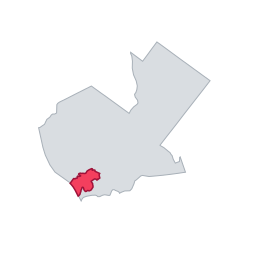 Santa Rosa highlighted on a map of Guatemala, rotated 36°
{"feature_id": "GTM-1957", "entity_name": "Santa Rosa", "entity_type": "Department", "adm_level": 1, "iso_a3": "GTM", "parent_name": "Guatemala", "parent_adm1": "", "projection": "natural_earth1", "projection_center": [-90.341, 14.154], "detail": "fine", "context": "in_parent", "style": "filled", "palette": "rose", "viewbox_px": 256, "rotation_deg": 36, "n_neighbors": 0, "source": "natural_earth", "source_scale": "10m", "svg_char_len": 3293}
<svg xmlns="http://www.w3.org/2000/svg" viewBox="0 0 256 256"><g transform="rotate(36 128 128)"><path d="M55.5,180.3L56.5,179.2L57.3,176.7L58.3,174.1L57.7,171.1L57.3,168.7L58.4,165.2L58.3,162.5L58.9,160.9L60.5,159.8L61.4,157.8L56.7,150.9L56.7,149.3L57.3,147.4L61.2,140.0L65.7,131.1L70.7,121.4L73.7,115.6L84.6,115.6L91.9,115.5L101.0,115.5L111.0,115.5L117.6,115.5L120.3,115.5L119.8,111.7L120.2,107.5L121.4,103.6L121.4,101.9L119.4,99.9L115.6,98.7L113.5,96.9L113.5,94.6L112.6,91.8L110.8,88.5L107.0,85.1L101.2,81.7L96.3,77.1L92.3,71.3L88.8,67.6L86.2,66.1L85.6,65.2L93.3,65.3L100.6,65.4L100.7,57.1L100.7,49.7L100.8,41.4L114.0,41.4L129.8,41.5L146.2,41.5L159.0,41.5L166.6,41.5L166.3,51.8L165.9,63.7L165.6,72.5L165.2,84.2L164.9,96.2L164.3,112.5L164.0,123.0L164.2,123.3L168.5,122.8L174.8,123.2L176.4,123.2L178.4,124.1L179.9,124.4L183.1,126.8L186.9,128.6L189.3,124.9L188.0,122.7L187.1,121.6L187.2,120.7L200.5,130.0L198.9,131.5L195.6,134.8L189.5,140.6L184.0,145.7L178.8,150.3L174.0,154.5L173.5,154.9L167.5,157.9L166.5,159.3L165.2,165.2L164.6,166.7L165.7,169.9L166.8,175.0L166.4,177.7L162.3,180.9L160.4,183.9L159.5,185.8L158.8,185.3L157.5,185.1L154.5,185.9L153.1,186.0L151.9,186.9L151.8,188.7L152.6,191.6L152.9,193.2L152.0,193.9L148.4,195.7L146.9,197.4L145.5,200.1L143.9,201.3L142.3,201.1L141.1,201.5L138.5,203.5L134.7,207.5L132.7,210.4L132.6,212.6L133.0,214.6L119.1,207.6L114.5,206.4L94.9,206.6L86.6,203.8L77.0,198.5L70.6,193.7L55.5,180.3Z" fill="#d9dde1" stroke="#a8b0b8" stroke-width="1"/><path d="M127.7,212.4L121.9,209.4L118.3,207.9L115.4,207.1L113.7,206.8L113.7,206.3L113.7,201.0L113.8,200.8L114.0,200.6L114.4,200.5L114.8,200.4L115.0,200.3L115.1,199.9L115.4,199.3L115.5,199.1L116.0,198.8L116.2,198.6L116.3,198.5L116.3,198.4L116.3,198.2L116.2,198.1L115.7,197.5L115.6,197.4L115.5,197.2L115.5,196.6L115.7,196.4L116.4,196.3L116.5,196.3L116.7,196.1L117.3,195.5L117.8,194.8L117.8,194.7L117.7,194.5L117.4,194.4L117.2,194.3L116.5,194.6L116.4,194.6L116.1,194.6L115.9,194.6L115.4,194.5L115.3,194.4L115.2,194.4L115.1,194.1L115.2,193.6L115.5,193.1L116.0,192.5L117.0,192.1L117.3,191.9L118.0,191.2L118.7,190.8L119.0,190.7L119.3,190.6L119.7,190.1L119.8,190.0L119.9,189.9L120.0,189.9L120.2,189.7L120.4,189.5L120.4,188.9L120.2,186.9L120.9,185.0L122.4,182.3L123.0,182.0L123.4,182.1L123.5,182.2L123.6,182.3L123.7,182.8L123.7,183.0L123.8,183.1L124.0,183.1L124.2,182.9L124.9,182.2L125.1,181.9L125.4,181.8L125.7,181.8L126.1,181.6L126.6,182.1L126.8,182.4L127.4,182.3L127.8,182.2L131.8,181.4L132.0,182.4L132.3,183.0L133.6,184.2L134.6,185.0L133.9,187.3L133.4,187.4L133.5,188.2L133.5,188.4L133.4,188.4L133.2,188.3L133.1,188.2L132.6,188.2L131.4,188.5L130.8,189.0L129.5,192.7L130.1,193.1L131.7,193.6L132.0,193.7L132.1,193.9L132.3,194.2L133.5,195.2L134.3,196.2L134.5,196.6L134.5,197.6L134.6,199.2L134.6,199.4L134.6,199.6L134.5,200.0L134.3,200.5L133.7,201.5L133.4,201.8L132.9,201.9L132.5,202.0L132.3,202.1L132.1,202.3L131.9,202.7L131.4,203.9L130.8,204.4L130.7,204.4L130.2,204.3L128.7,203.9L127.8,203.1L126.8,202.4L126.2,202.6L125.9,202.8L125.9,203.0L125.9,203.5L126.0,203.9L126.1,204.1L126.3,204.3L126.4,204.5L126.6,206.2L126.7,206.3L126.8,206.5L127.0,206.6L127.1,206.8L127.2,207.1L127.6,208.6L128.0,209.5L128.1,209.8L128.1,210.0L128.1,210.7L127.9,211.8L127.7,212.4Z" fill="#f43f5e" stroke="#9f1239" stroke-width="1.5"/></g></svg>